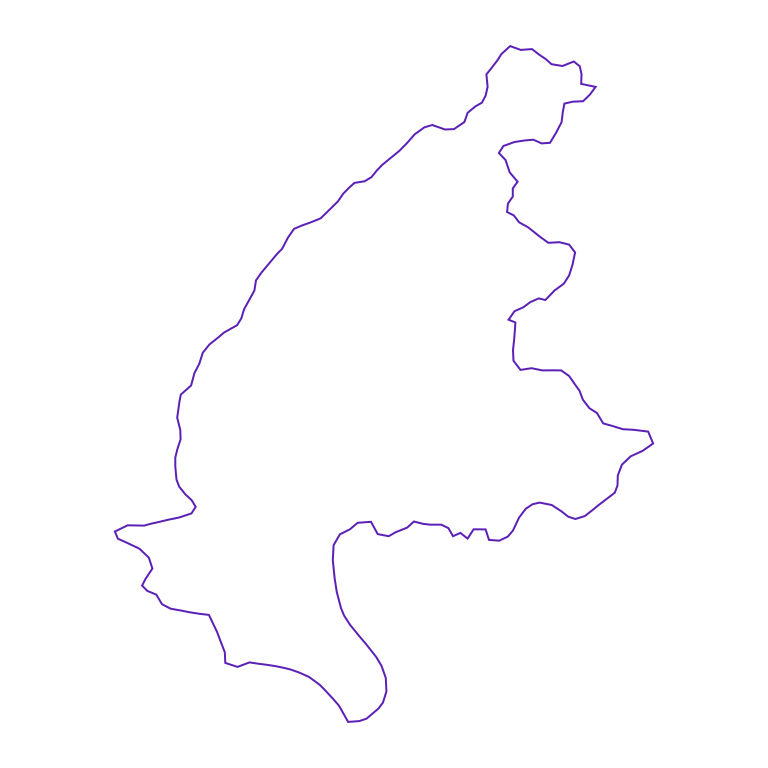 outline of Santos, São Paulo, Brazil
{"feature_id": "56859067B16208795434371", "entity_name": "Santos", "entity_type": "district", "adm_level": 2, "iso_a3": "BRA", "parent_name": "Brazil", "parent_adm1": "São Paulo", "projection": "albers", "projection_center": [-46.282, -23.865], "detail": "fine", "context": "isolated", "style": "outline", "palette": "violet", "viewbox_px": 768, "rotation_deg": 0, "n_neighbors": 0, "source": "geoboundaries", "source_scale": "gbopen_adm2", "svg_char_len": 2915}
<svg xmlns="http://www.w3.org/2000/svg" viewBox="0 0 768 768"><path d="M595.6,86.9L581.2,83.9L581.5,74.1L579.8,66.3L573.8,61.5L562.5,66.0L551.5,64.2L545.9,59.2L539.5,54.9L532.0,49.1L520.7,49.9L510.2,46.1L501.5,53.9L497.3,60.5L491.3,68.3L486.4,74.4L487.6,86.7L485.7,95.5L481.9,102.7L475.4,106.4L467.7,112.7L464.3,122.1L454.0,129.1L445.1,129.5L432.2,125.0L424.3,127.4L414.6,134.4L406.7,143.4L399.3,150.9L390.6,158.0L382.3,164.8L376.7,170.6L371.4,177.2L364.5,181.3L354.4,182.9L348.9,187.9L343.2,193.7L338.0,201.3L329.0,210.2L320.7,218.3L311.7,222.0L301.4,225.7L294.0,228.9L287.9,237.7L282.2,248.7L277.0,254.0L270.4,261.9L261.6,272.4L256.0,280.3L254.4,290.5L249.2,300.0L244.0,309.4L241.4,318.2L237.2,325.1L224.1,332.5L217.7,337.9L209.4,344.5L202.8,352.7L199.3,363.7L194.4,373.2L191.1,385.5L180.8,394.6L179.4,402.0L177.2,417.7L180.3,430.0L180.6,439.3L177.5,448.7L175.3,457.5L175.3,466.5L176.5,479.6L179.2,486.7L185.4,494.4L191.6,500.1L195.7,506.8L191.5,513.4L179.5,517.4L167.0,520.0L158.4,522.1L151.1,523.7L144.2,525.6L127.7,525.3L114.9,531.5L117.9,538.7L127.2,542.9L139.4,548.7L148.8,557.6L152.4,568.5L145.4,579.1L142.1,585.6L147.3,590.9L156.3,594.6L162.0,604.2L170.6,608.7L181.9,610.7L189.8,612.3L200.2,613.9L208.9,614.9L217.1,632.0L220.2,640.3L224.8,652.2L225.3,662.9L237.5,666.9L249.5,662.4L258.1,663.7L266.7,664.8L275.4,666.1L283.1,667.7L290.3,669.4L299.4,672.6L309.2,677.1L319.5,684.6L324.5,689.6L333.2,699.0L338.9,705.6L343.0,712.8L348.1,721.9L359.3,721.1L366.6,718.6L378.5,708.5L383.0,702.5L386.4,691.5L385.8,678.1L381.6,666.0L376.3,657.1L366.2,644.3L358.6,635.3L350.1,624.9L344.1,615.6L341.0,608.1L336.8,592.1L334.7,578.7L332.8,560.1L333.6,545.2L339.9,534.3L350.1,529.2L357.6,522.8L371.0,521.8L377.7,534.1L388.7,536.2L395.9,532.1L407.2,527.6L413.9,521.5L423.3,523.9L430.7,524.7L441.3,524.7L448.4,528.1L453.0,536.2L460.4,532.9L467.6,538.6L473.6,529.3L485.6,529.4L489.0,539.9L499.2,540.7L507.8,536.6L513.0,530.5L519.0,517.7L525.8,508.7L532.6,504.2L539.7,502.6L551.7,505.0L561.4,511.3L568.1,516.6L575.3,519.0L584.8,516.1L593.0,509.7L598.6,505.1L614.8,492.7L617.5,485.4L617.8,475.5L621.9,464.7L630.7,456.3L642.7,450.8L653.1,443.5L648.2,431.6L633.6,429.8L622.8,429.2L611.8,425.8L603.2,423.4L596.9,413.0L589.4,408.2L582.8,399.6L579.6,390.9L574.6,383.9L569.1,376.0L561.2,370.4L551.1,370.3L542.4,370.4L531.5,368.2L520.5,369.9L513.5,360.8L513.0,350.1L514.2,339.0L514.9,330.1L515.4,322.5L508.6,319.7L514.5,311.2L523.3,307.3L530.3,302.1L538.7,298.4L545.4,300.0L554.5,290.5L563.8,283.7L569.1,275.5L572.5,264.8L575.1,252.4L569.1,244.6L559.3,242.2L548.3,242.8L539.9,236.7L528.1,227.3L519.1,222.3L513.8,215.4L507.1,212.1L507.9,203.6L512.8,196.6L512.8,188.4L517.6,181.7L509.7,172.4L505.6,160.1L498.9,153.0L503.4,146.0L514.5,142.0L524.4,140.5L533.4,139.7L541.6,143.4L550.0,142.8L556.0,132.9L561.6,122.1L562.8,112.2L564.4,103.6L572.6,101.7L583.1,101.2L589.9,94.6L595.6,86.9Z" fill="none" stroke="#5b21b6" stroke-width="2"/></svg>